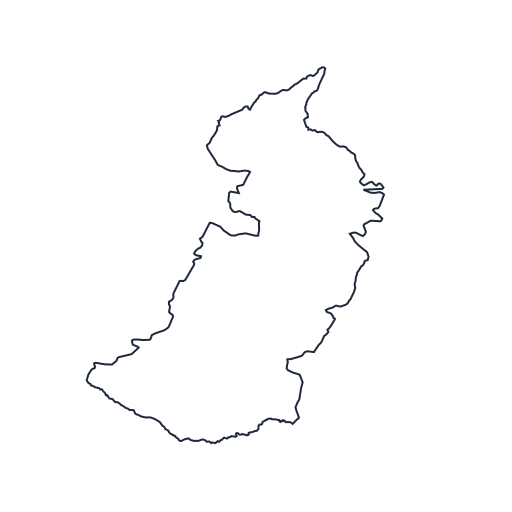 Sandoa, Katanga, Democratic Republic of the Congo, rotated 294°
{"feature_id": "63176286B26674316015082", "entity_name": "Sandoa", "entity_type": "district", "adm_level": 2, "iso_a3": "COD", "parent_name": "Democratic Republic of the Congo", "parent_adm1": "Katanga", "projection": "orthographic", "projection_center": [23.072, -9.383], "detail": "fine", "context": "isolated", "style": "outline", "palette": "slate", "viewbox_px": 512, "rotation_deg": 294, "n_neighbors": 0, "source": "geoboundaries", "source_scale": "gbopen_adm2", "svg_char_len": 6052}
<svg xmlns="http://www.w3.org/2000/svg" viewBox="0 0 512 512"><g transform="rotate(294 256 256)"><path d="M374.8,321.9L375.8,319.3L377.1,317.9L378.7,314.5L379.7,313.2L382.2,310.8L383.3,309.0L384.8,307.5L388.3,305.5L388.8,304.9L389.3,302.5L389.2,301.1L390.2,298.5L390.1,297.4L392.0,293.9L391.7,291.4L390.3,288.8L390.0,287.6L390.5,284.1L391.9,279.9L394.9,273.7L395.1,270.8L395.6,270.3L396.5,267.1L395.8,264.6L394.1,261.8L394.1,261.1L395.0,258.4L393.8,257.0L393.5,256.3L393.9,254.7L393.3,253.1L392.7,252.5L394.4,251.6L394.7,251.0L394.5,249.6L394.9,249.1L399.9,244.5L401.2,244.9L403.1,246.2L403.6,246.9L404.1,247.0L404.5,246.5L406.7,245.5L408.6,242.4L409.3,241.8L410.2,241.3L411.1,241.2L411.8,240.4L415.3,240.2L416.4,239.7L420.6,239.7L427.6,241.1L429.1,242.3L430.2,242.4L431.0,243.6L432.3,244.5L435.1,244.5L436.1,244.2L439.5,244.0L450.3,244.2L452.6,243.4L455.1,243.2L455.6,242.8L455.9,240.8L455.1,239.5L454.3,239.2L452.9,237.8L450.9,237.2L449.3,237.5L447.9,237.2L444.6,235.7L443.5,234.6L443.5,232.3L441.3,230.0L440.3,229.7L438.6,229.8L437.2,227.0L430.0,223.2L428.0,221.3L426.8,221.1L423.6,219.2L421.7,218.6L419.8,216.8L418.7,213.1L417.2,211.8L414.3,210.1L412.7,208.6L411.7,206.9L409.5,201.4L409.8,200.4L409.3,199.1L409.6,198.1L408.6,196.8L405.5,195.4L405.2,194.7L403.8,193.7L401.1,193.8L398.5,192.8L397.2,192.8L396.1,192.2L394.5,191.8L388.6,190.9L387.4,191.2L387.2,190.3L387.6,189.1L389.2,187.5L388.6,186.1L387.7,185.1L386.1,184.3L384.0,183.9L375.4,175.8L372.8,173.9L370.5,171.4L370.1,169.0L369.5,167.9L368.9,167.7L366.1,167.9L365.1,167.6L364.1,166.6L363.8,167.4L363.3,167.8L362.2,167.8L360.6,169.6L358.8,168.0L354.9,169.2L352.9,169.0L350.0,168.7L345.3,167.6L340.5,167.6L337.2,166.1L334.4,168.2L326.8,179.9L323.6,184.1L323.8,188.2L323.2,193.6L323.5,198.0L325.5,203.5L325.8,205.2L329.6,211.2L330.5,214.5L330.4,216.3L327.5,216.2L324.8,215.7L315.8,215.4L312.1,210.5L310.0,211.1L306.5,214.7L304.5,206.6L302.8,205.8L294.8,208.4L294.5,209.6L293.7,210.7L292.9,211.4L290.4,212.5L289.5,213.3L287.7,216.1L287.4,218.1L287.8,219.3L288.5,220.5L290.1,222.1L290.5,223.3L289.7,229.9L291.1,234.2L290.0,236.6L291.1,238.7L290.1,239.9L289.2,245.0L287.6,245.1L280.6,248.5L278.4,248.8L275.5,249.7L274.2,246.9L272.5,237.4L268.6,231.1L266.1,228.5L264.6,224.5L266.2,216.0L268.2,211.6L268.3,203.0L267.5,200.2L251.8,199.4L249.0,197.7L246.5,200.6L246.2,201.8L243.4,202.5L240.4,201.4L239.4,200.2L235.8,198.6L233.0,198.5L232.3,200.9L233.4,205.9L231.7,206.1L228.1,201.9L226.6,201.1L225.1,201.0L224.2,202.5L222.7,203.0L207.6,201.4L205.3,201.1L203.6,199.8L202.2,196.4L188.3,195.8L187.0,196.1L185.0,197.3L183.5,197.4L181.7,197.1L178.8,195.1L176.4,196.1L175.6,197.4L173.9,198.3L169.5,199.3L168.6,201.4L168.5,202.9L168.0,204.1L166.9,204.9L155.9,205.1L154.0,204.4L150.8,202.4L144.5,195.6L141.4,193.0L137.7,193.4L136.3,193.1L133.0,186.4L132.1,183.2L130.2,178.7L128.6,177.1L127.4,177.5L124.9,179.5L125.0,185.3L124.5,186.1L115.8,182.3L108.9,173.3L107.6,171.7L106.7,171.1L103.3,171.1L98.2,168.5L95.5,161.8L93.3,153.1L92.4,151.9L91.7,151.9L89.1,154.1L87.7,154.1L86.5,152.6L85.2,151.9L79.6,151.1L73.5,151.9L71.8,154.7L71.7,156.9L70.6,157.9L71.0,159.4L70.7,162.5L71.4,166.3L70.7,168.0L71.5,168.9L71.5,169.3L70.2,171.7L69.5,173.8L67.8,175.5L67.8,176.2L68.3,176.2L68.4,176.6L66.7,179.1L66.3,180.3L66.9,183.1L65.2,186.9L66.0,188.3L65.9,191.0L64.9,193.6L65.0,195.3L64.2,198.9L64.5,201.2L63.9,202.9L65.4,206.9L65.1,207.5L63.1,209.4L62.7,211.3L63.0,213.0L62.7,216.1L63.5,220.5L65.6,225.1L65.9,229.8L65.3,234.9L65.1,235.8L62.9,239.5L62.6,241.6L61.0,243.7L60.8,247.1L59.6,248.3L58.9,249.8L58.9,251.7L58.5,252.6L58.9,253.6L58.4,254.8L58.7,255.5L58.1,255.8L57.8,256.6L57.3,259.6L56.6,260.3L56.1,261.6L56.7,263.0L60.2,266.0L60.7,267.1L61.9,268.2L61.3,271.5L62.1,275.4L63.1,276.9L63.6,278.6L66.2,281.1L66.8,282.2L67.0,284.5L66.3,286.6L67.5,288.7L67.5,289.2L66.8,291.2L67.9,291.9L68.6,295.1L71.3,296.3L71.2,297.6L71.5,298.1L73.0,298.2L74.3,299.7L76.6,300.3L77.1,300.8L77.4,303.6L77.8,304.1L79.0,304.4L80.0,306.0L81.4,306.7L82.6,310.9L83.2,311.5L83.8,311.5L85.2,310.0L85.7,309.9L86.8,311.2L86.1,313.6L86.6,314.8L87.9,316.0L87.9,317.8L88.4,318.4L88.4,320.4L89.4,321.7L90.1,322.0L91.0,321.2L91.5,321.3L92.5,322.4L93.7,324.4L95.3,325.8L96.7,327.9L99.1,328.6L101.9,327.3L102.7,327.5L103.6,328.0L104.1,329.3L104.5,329.7L105.4,329.9L106.6,329.5L107.4,329.7L109.9,331.7L110.6,331.8L110.9,332.6L111.9,333.1L112.7,334.1L113.6,335.9L113.3,337.1L114.8,340.2L114.9,341.8L115.6,343.8L115.4,344.4L114.4,344.8L114.3,345.8L115.8,346.4L115.8,347.4L116.0,347.6L116.8,347.4L117.1,348.3L117.2,348.9L116.6,349.5L116.7,350.5L116.4,351.1L117.7,353.5L118.1,355.8L117.5,357.7L123.5,360.0L125.1,360.9L126.0,360.8L132.3,354.8L134.0,353.6L139.4,353.5L142.6,353.9L153.4,351.0L159.6,350.0L165.3,344.2L164.5,336.6L164.7,331.7L165.7,329.8L169.6,328.6L171.6,328.4L174.3,326.6L176.1,329.9L183.1,338.1L184.3,338.8L187.7,339.5L189.8,341.5L191.8,348.0L200.0,349.4L203.8,350.8L210.6,350.8L213.1,352.2L216.1,353.0L217.7,351.2L219.1,352.0L221.7,352.7L230.4,353.8L231.1,352.9L231.0,351.8L232.5,350.5L234.0,347.8L233.7,343.6L234.9,341.8L237.2,343.5L239.9,346.8L243.0,349.0L243.5,350.2L243.9,352.9L244.4,354.0L247.6,357.4L248.7,358.3L250.6,359.1L253.2,359.2L254.8,359.9L262.8,360.1L267.1,359.7L270.1,357.7L271.2,357.3L273.3,357.2L277.7,355.8L279.6,355.8L282.1,355.2L284.5,355.8L289.2,356.3L291.3,357.5L294.0,357.7L295.1,357.3L295.9,357.6L297.9,359.7L301.2,359.1L304.6,356.0L307.5,345.3L309.4,340.6L312.0,337.2L314.5,332.7L317.2,335.8L317.9,338.1L317.6,343.4L317.8,345.7L320.4,346.7L322.9,346.5L327.0,342.4L327.9,341.8L328.9,341.9L334.2,345.9L335.1,347.0L337.4,352.9L337.8,354.7L339.0,356.0L341.6,356.1L343.6,350.5L343.8,348.2L345.3,344.3L346.8,344.5L348.3,346.2L349.2,348.0L351.9,348.6L364.1,348.0L364.8,345.9L364.7,343.0L361.9,338.9L360.5,335.1L360.2,327.2L368.7,344.1L370.4,344.6L372.5,340.8L372.4,339.2L372.1,338.6L371.4,338.1L369.9,337.9L369.3,337.3L369.6,335.1L370.9,332.1L369.6,329.9L366.3,327.6L364.6,325.9L364.4,325.3L365.4,321.8L365.9,321.0L366.8,320.6L368.3,320.7L372.3,322.2L374.8,321.9Z" fill="none" stroke="#1e293b" stroke-width="2"/></g></svg>